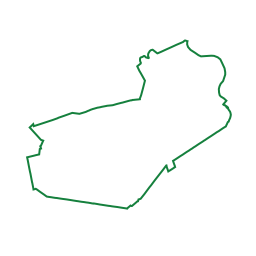 Saravale, Timis, Romania, rotated 83°
{"feature_id": "2599482B63944101877376", "entity_name": "Saravale", "entity_type": "district", "adm_level": 2, "iso_a3": "ROU", "parent_name": "Romania", "parent_adm1": "Timis", "projection": "robinson", "projection_center": [20.709, 46.077], "detail": "fine", "context": "isolated", "style": "outline", "palette": "green", "viewbox_px": 256, "rotation_deg": 83, "n_neighbors": 0, "source": "geoboundaries", "source_scale": "gbopen_adm2", "svg_char_len": 4109}
<svg xmlns="http://www.w3.org/2000/svg" viewBox="0 0 256 256"><g transform="rotate(83 128 128)"><path d="M177.5,229.3L177.4,228.4L177.2,227.3L177.1,227.0L177.2,226.9L177.3,226.8L177.4,226.6L177.6,226.3L178.7,225.1L180.5,223.2L182.3,221.2L183.9,219.4L185.5,217.7L186.2,216.9L186.3,216.5L186.9,214.4L187.4,212.5L188.0,210.5L188.5,208.7L188.8,207.2L189.3,205.5L189.9,203.4L190.5,201.2L191.0,199.2L191.5,197.3L192.1,195.2L192.7,193.1L193.3,191.1L193.9,189.0L194.4,187.3L194.4,187.1L195.0,185.1L195.6,183.0L196.1,180.9L196.7,178.8L197.0,177.7L197.2,176.8L197.9,174.5L198.5,172.7L198.7,171.9L198.8,171.7L198.8,171.4L198.7,171.2L198.8,170.9L199.2,169.5L199.8,167.5L200.5,165.3L201.1,163.1L201.7,161.0L202.2,159.2L202.8,157.1L203.2,155.4L203.8,153.4L204.4,151.1L205.1,148.3L206.3,144.2L207.4,140.2L207.9,138.6L207.6,138.3L207.4,138.3L207.2,137.9L206.0,136.0L205.3,135.0L205.4,134.9L205.9,133.9L205.9,133.6L205.1,132.4L203.6,130.1L202.4,128.3L202.1,127.9L201.9,127.6L201.9,127.3L201.9,127.0L201.6,126.9L200.6,126.4L200.2,126.3L199.8,124.1L195.6,119.8L193.6,117.9L191.5,115.9L189.4,113.9L187.6,112.0L185.6,110.1L183.3,107.9L181.7,106.3L180.3,104.9L178.8,103.4L176.9,101.5L174.8,99.4L173.4,98.0L171.3,96.0L169.8,94.5L169.8,94.4L171.5,94.3L172.0,94.2L174.5,93.6L176.0,93.3L175.6,92.5L175.2,91.5L174.7,90.5L174.3,89.6L173.9,88.8L173.4,87.8L172.5,86.0L171.8,86.2L171.6,86.1L168.6,86.8L166.1,87.3L165.7,86.4L164.9,84.7L163.9,82.7L162.2,79.3L161.2,77.1L159.6,74.0L158.7,72.2L158.0,70.6L157.8,70.2L156.8,68.3L156.3,67.1L155.2,65.1L154.4,63.3L153.5,61.6L152.5,59.6L151.5,57.5L150.6,55.6L149.7,53.9L149.3,52.9L149.2,52.7L148.9,52.2L148.2,50.8L147.3,49.0L146.3,46.9L145.3,44.9L144.5,43.3L143.7,41.7L143.2,40.8L142.7,39.7L142.2,38.4L141.6,37.3L140.3,34.8L139.4,33.0L139.0,32.1L138.7,31.5L138.4,30.7L137.0,29.9L136.3,29.4L134.4,28.3L134.2,28.1L134.0,27.4L133.7,27.2L132.9,26.9L130.5,25.4L128.4,24.6L127.1,24.3L125.3,24.5L125.1,24.5L124.0,24.8L123.3,25.2L122.8,25.5L122.2,25.8L121.5,26.1L120.9,26.4L120.5,26.7L120.4,26.8L120.4,26.7L120.3,26.3L120.3,26.2L120.2,26.2L119.8,26.3L119.6,26.5L119.4,26.8L119.2,26.9L119.1,27.0L118.9,27.1L118.9,27.3L118.8,27.5L118.7,27.6L118.2,27.9L118.2,28.1L118.0,28.4L117.7,28.6L117.5,28.8L117.3,28.9L117.3,29.1L117.3,29.3L117.1,29.6L116.9,29.9L116.7,30.2L116.4,30.5L116.2,30.6L112.9,27.0L110.3,29.2L108.0,32.1L106.6,33.0L103.9,33.3L100.4,33.1L97.8,32.1L95.4,30.6L93.0,27.9L86.9,25.0L84.4,24.7L80.5,24.9L74.6,26.8L71.1,28.0L68.7,30.4L66.9,33.8L66.4,36.4L65.8,46.8L64.3,49.2L61.5,52.3L58.1,56.4L55.0,58.5L52.3,59.1L49.6,58.7L49.1,58.4L48.2,60.4L48.1,60.7L48.1,60.9L48.4,61.5L49.3,62.8L49.9,64.8L51.4,70.0L53.1,75.3L54.7,80.5L56.4,85.8L57.5,89.6L57.4,89.9L56.3,91.0L53.4,93.9L53.3,94.1L53.5,95.6L53.9,96.4L54.3,97.0L56.0,98.4L57.1,99.0L59.1,99.3L59.4,99.3L59.7,99.2L60.4,98.8L61.0,98.9L61.1,99.3L60.3,101.2L60.0,101.7L58.9,102.5L58.7,102.7L58.6,102.9L58.5,103.2L58.5,103.5L59.2,105.0L59.3,105.5L59.4,106.1L59.5,106.6L60.0,107.3L60.4,107.5L61.2,107.7L61.9,107.8L62.5,107.8L62.9,107.8L63.6,107.7L63.9,107.6L64.5,107.4L65.0,107.3L65.7,107.7L65.8,107.8L65.9,108.1L67.9,111.3L72.5,109.8L75.0,108.7L79.9,106.7L83.1,105.4L83.8,105.7L90.2,108.2L92.9,109.3L97.1,111.0L99.2,112.1L100.1,112.6L100.4,112.7L100.9,112.7L100.9,114.2L100.8,117.4L100.8,118.9L100.7,120.0L100.8,120.6L101.0,120.9L100.9,121.9L101.2,124.3L102.0,129.6L102.1,130.1L102.2,131.4L102.8,136.0L103.5,140.3L103.5,141.7L103.4,145.4L103.4,146.4L103.5,146.8L103.5,147.1L103.8,151.7L104.0,153.1L104.1,155.2L104.1,155.7L104.7,159.4L104.9,160.9L105.1,161.6L105.3,162.7L106.0,164.9L106.1,165.5L106.9,168.0L108.0,174.5L106.2,181.5L106.9,184.6L107.2,185.9L108.1,189.9L109.4,196.0L109.7,196.6L110.9,201.9L112.0,207.5L113.6,215.6L114.7,221.3L112.6,221.6L113.6,222.9L115.5,225.5L124.1,219.4L129.1,215.9L130.2,213.7L135.2,216.7L135.2,217.0L135.3,217.1L135.4,217.3L135.5,217.3L136.2,217.1L137.8,216.8L138.1,218.1L142.2,219.1L143.4,219.4L143.7,222.5L144.0,224.7L144.3,227.3L144.8,231.7L148.1,231.4L152.9,231.1L159.6,230.6L160.5,230.5L161.3,230.4L164.4,230.2L170.6,229.8L170.8,229.7L176.8,229.3L177.5,229.3Z" fill="none" stroke="#15803d" stroke-width="2"/></g></svg>